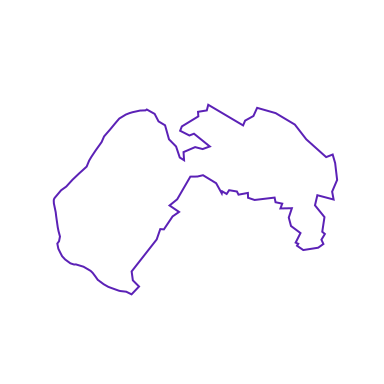 Jegunovtse, Jegunovce, North Macedonia, rotated 250°
{"feature_id": "65306769B4612015917677", "entity_name": "Jegunovtse", "entity_type": "district", "adm_level": 2, "iso_a3": "MKD", "parent_name": "North Macedonia", "parent_adm1": "Jegunovce", "projection": "mercator", "projection_center": [21.125, 42.1], "detail": "fine", "context": "isolated", "style": "outline", "palette": "violet", "viewbox_px": 384, "rotation_deg": 250, "n_neighbors": 0, "source": "geoboundaries", "source_scale": "gbopen_adm2", "svg_char_len": 1686}
<svg xmlns="http://www.w3.org/2000/svg" viewBox="0 0 384 384"><g transform="rotate(250 192 192)"><path d="M220.2,311.7L237.5,297.6L248.8,282.0L242.4,275.7L240.9,266.3L237.1,262.8L268.4,237.1L263.6,233.8L265.3,225.1L260.9,223.8L257.1,204.9L253.6,201.8L246.0,208.9L246.1,213.8L228.7,224.3L228.7,216.7L233.1,210.3L232.4,197.7L224.6,195.4L228.6,192.3L240.2,192.6L249.4,188.4L263.9,189.5L269.8,184.7L278.2,183.6L285.0,177.7L284.6,176.3L286.3,171.0L287.3,163.5L287.5,160.3L287.4,156.3L285.9,148.8L283.6,144.7L278.4,135.8L276.8,132.9L274.3,128.4L269.8,124.1L263.9,115.5L259.4,109.4L256.7,106.1L251.9,101.7L248.1,92.4L245.4,86.2L244.4,83.9L240.1,75.7L238.4,69.6L236.5,66.3L233.4,60.9L232.3,59.7L231.1,59.1L228.5,58.3L219.6,57.0L215.8,56.1L204.9,53.8L201.0,53.2L195.3,52.7L191.2,50.2L189.6,47.8L184.4,47.0L179.8,47.5L176.0,48.0L172.0,49.7L166.6,53.3L164.4,56.1L164.0,56.9L163.7,58.1L158.9,64.5L153.0,69.4L152.3,69.9L150.0,71.0L145.4,72.4L141.7,73.4L135.5,77.5L131.5,80.9L129.2,83.6L124.3,89.5L123.5,90.7L120.8,96.1L116.5,100.2L121.3,109.9L129.2,106.2L138.0,108.1L159.5,142.6L168.0,149.5L166.5,152.8L175.7,165.4L177.7,173.0L187.0,166.3L190.2,175.6L207.0,195.7L204.7,202.3L204.0,208.1L192.0,217.7L180.5,219.5L182.3,220.6L178.3,223.9L181.0,227.5L177.1,234.4L173.6,234.8L172.0,244.2L167.4,242.7L163.1,248.1L158.5,267.7L153.8,267.0L150.2,272.8L146.3,269.5L142.6,280.3L134.9,274.2L126.2,273.4L116.3,279.9L109.0,272.1L107.0,274.1L105.6,272.3L99.4,276.7L96.5,291.5L98.2,297.7L102.9,297.3L107.1,302.5L110.1,300.8L123.1,307.9L137.4,303.0L146.1,308.7L136.5,322.5L144.4,323.8L153.7,332.5L170.2,336.4L179.1,337.0L178.9,330.0L202.4,317.4L220.2,311.7Z" fill="none" stroke="#5b21b6" stroke-width="2"/></g></svg>